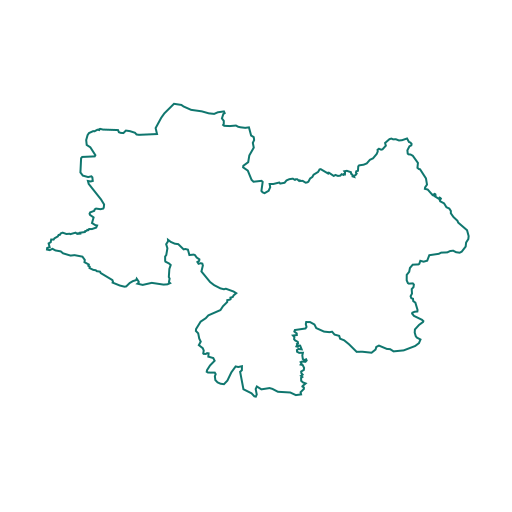 Poko, Orientale, Democratic Republic of the Congo, rotated 98°
{"feature_id": "63176286B68044599971787", "entity_name": "Poko", "entity_type": "district", "adm_level": 2, "iso_a3": "COD", "parent_name": "Democratic Republic of the Congo", "parent_adm1": "Orientale", "projection": "robinson", "projection_center": [26.825, 2.983], "detail": "fine", "context": "isolated", "style": "outline", "palette": "teal", "viewbox_px": 512, "rotation_deg": 98, "n_neighbors": 0, "source": "geoboundaries", "source_scale": "gbopen_adm2", "svg_char_len": 6091}
<svg xmlns="http://www.w3.org/2000/svg" viewBox="0 0 512 512"><g transform="rotate(98 256 256)"><path d="M121.8,120.4L118.6,122.8L121.0,127.5L121.7,130.5L120.9,133.8L121.4,136.4L120.9,138.3L121.7,140.1L126.1,143.9L128.7,142.8L132.8,145.6L133.3,146.9L132.7,149.2L133.9,150.4L135.6,150.0L138.2,150.7L143.0,153.7L144.9,156.6L148.9,159.2L150.6,162.1L151.9,166.5L153.0,167.2L157.4,166.9L158.2,168.5L159.7,168.6L160.4,167.8L161.9,168.6L163.1,170.3L164.0,169.8L163.7,171.5L162.0,171.9L161.4,173.2L159.8,173.7L159.0,177.9L159.8,180.3L160.7,179.5L162.8,179.3L162.7,180.4L163.5,180.6L163.1,182.6L164.7,183.7L165.3,186.0L164.7,188.6L165.9,190.2L163.4,195.3L163.4,195.9L164.3,196.1L161.0,204.0L161.4,205.1L164.1,206.2L167.5,210.3L169.9,211.2L171.7,213.2L175.2,214.5L176.0,215.6L176.5,217.0L175.1,220.3L175.5,222.3L175.0,223.1L175.7,223.7L174.3,225.8L174.5,227.4L175.2,228.0L174.3,230.3L175.3,233.7L176.9,236.3L179.5,237.9L180.9,242.1L180.0,243.2L182.3,248.9L182.8,252.5L185.9,251.5L189.7,252.6L192.6,256.3L192.0,258.4L190.8,259.7L181.7,259.7L180.8,261.0L182.8,268.8L181.2,271.0L172.6,276.0L170.0,281.1L168.4,281.1L164.2,276.8L157.3,276.6L149.0,273.3L144.4,274.9L141.5,274.0L139.5,274.5L138.5,274.9L137.4,277.6L129.6,280.9L130.6,284.5L130.7,289.4L130.5,291.7L129.6,294.0L131.0,300.1L131.5,305.6L130.8,306.8L129.7,306.3L126.7,306.7L124.5,308.9L119.9,308.1L118.9,306.9L117.3,307.9L119.0,313.8L121.1,317.2L121.3,322.6L120.3,329.8L120.3,340.6L118.0,348.6L116.8,350.9L116.7,358.4L127.5,366.6L132.1,369.0L143.3,373.2L149.0,371.0L152.3,388.7L152.3,391.2L150.8,393.0L149.9,398.3L149.9,402.3L152.7,404.4L152.9,407.1L152.5,409.0L150.5,410.2L152.1,425.2L151.8,428.0L152.2,428.8L153.1,428.8L153.0,430.6L155.0,433.3L155.0,434.6L157.5,438.5L159.7,439.6L164.8,440.3L169.6,439.1L171.4,435.2L178.5,429.1L179.8,429.6L182.1,441.9L183.5,442.8L197.7,441.5L200.5,438.7L201.2,433.2L200.0,430.1L200.9,429.0L204.4,428.1L205.2,430.1L205.1,432.9L207.9,431.7L221.5,417.4L226.1,413.6L229.3,413.5L230.3,413.9L231.3,416.5L231.3,421.0L232.3,422.2L233.8,422.5L235.9,426.3L237.3,426.7L238.4,426.1L240.4,422.2L246.2,423.0L247.8,419.4L247.9,417.6L250.1,418.2L252.2,422.3L252.5,425.0L253.7,425.6L253.6,426.7L254.6,427.2L255.2,428.7L256.1,428.8L257.4,433.4L258.3,433.1L258.5,433.8L258.2,435.1L258.8,435.2L259.0,436.1L258.0,437.9L260.2,442.9L259.9,443.7L260.6,446.8L259.8,450.7L260.8,452.5L262.4,453.2L262.6,454.4L264.2,455.0L266.5,458.0L267.9,458.7L268.2,461.1L270.9,461.2L272.4,463.1L276.0,461.6L277.1,463.9L278.7,463.9L278.9,461.1L277.2,458.6L278.4,455.4L278.6,450.0L280.2,447.5L281.4,439.7L280.4,435.8L280.8,427.8L283.7,425.0L286.0,425.0L287.7,420.4L289.0,420.7L289.7,419.2L291.1,419.2L292.4,415.2L292.4,412.7L293.2,411.6L293.2,408.3L294.5,407.4L299.8,394.9L301.2,394.1L302.3,394.3L304.2,386.7L304.7,381.9L304.2,380.3L300.3,377.3L298.0,374.4L296.5,371.3L295.1,371.0L297.7,368.6L298.8,368.5L299.9,369.5L300.4,364.2L297.1,355.5L297.2,343.6L296.4,339.8L294.8,337.3L293.9,338.6L290.4,338.4L288.9,339.4L280.8,340.0L276.8,339.2L275.5,341.1L274.2,344.9L273.4,345.3L269.2,345.9L267.5,345.0L260.7,344.8L256.8,346.6L253.6,345.1L252.2,345.4L253.9,342.4L255.1,338.2L255.1,334.6L259.5,328.6L258.9,327.0L259.2,324.3L264.3,322.1L263.3,317.9L263.6,316.6L265.8,314.5L267.2,311.6L268.7,311.6L270.1,313.2L271.7,311.8L270.8,309.7L271.0,308.1L272.8,307.3L278.9,307.9L288.2,297.8L290.7,293.4L293.0,286.8L293.4,283.1L292.6,281.3L294.3,273.3L295.6,270.4L298.1,272.7L299.8,273.3L300.8,275.5L302.1,275.1L302.9,275.9L303.7,278.3L305.6,278.1L310.3,281.7L314.5,283.7L321.4,294.9L324.6,297.1L328.7,301.7L336.7,305.2L338.6,305.1L340.6,302.5L345.7,300.7L348.5,298.8L352.2,300.2L354.7,295.9L356.9,294.6L359.8,294.7L360.2,294.3L360.0,292.1L359.0,290.9L359.0,289.4L362.3,289.2L363.0,284.1L365.5,282.4L370.8,286.3L375.8,288.6L377.5,288.7L378.1,287.3L377.2,280.6L378.6,279.5L380.8,280.0L384.5,279.0L386.5,276.5L387.4,273.4L387.4,269.9L383.4,267.0L374.6,264.2L368.2,260.8L368.4,258.1L367.1,254.6L371.1,254.1L372.9,255.6L389.7,249.9L392.6,241.3L395.2,238.1L395.3,236.6L393.0,236.0L387.8,237.8L385.1,237.0L387.3,232.1L384.9,224.2L385.3,221.3L387.4,215.4L386.4,203.1L388.2,197.2L386.8,192.1L384.7,192.9L381.0,190.1L379.5,190.3L378.8,191.9L378.3,191.8L375.3,189.1L374.6,192.0L373.3,193.9L370.4,194.4L369.4,193.3L368.4,194.8L367.0,193.3L365.7,194.8L364.1,195.2L362.2,192.8L360.1,192.8L357.5,194.6L357.3,196.6L356.1,196.0L354.9,197.0L354.1,195.6L353.9,192.3L352.4,191.3L351.3,192.0L352.4,193.6L351.5,195.3L348.0,196.3L345.3,196.1L345.9,199.8L345.1,202.0L343.4,202.4L342.2,201.1L342.1,197.8L338.6,199.8L338.7,201.0L340.1,201.9L339.9,203.4L338.2,202.8L337.4,203.2L336.6,202.2L335.2,202.7L334.1,205.6L333.1,206.7L331.0,206.7L329.6,208.3L328.6,204.6L327.0,204.9L325.5,207.5L323.9,207.2L320.9,196.9L319.2,196.1L316.6,197.2L314.4,197.1L313.9,193.3L315.7,188.6L319.0,186.3L321.4,178.1L321.2,172.6L320.4,170.1L322.9,167.3L323.5,162.5L326.2,161.2L327.2,157.0L330.4,151.7L336.9,143.0L336.0,137.5L335.7,128.1L332.0,124.6L329.3,124.2L327.6,121.8L329.8,113.5L329.6,110.2L331.3,106.5L328.9,96.6L323.0,85.9L319.6,82.5L315.8,81.5L314.4,85.4L313.1,86.7L309.7,88.2L306.6,88.4L301.5,84.9L298.1,81.4L297.2,81.2L296.1,82.7L293.3,91.3L291.3,93.4L290.4,93.3L289.1,91.1L288.5,88.5L287.0,88.5L280.0,91.7L278.8,94.0L276.5,94.6L276.2,96.3L274.3,97.3L271.5,96.3L267.1,97.2L264.9,95.7L262.3,95.7L261.3,96.9L262.1,100.8L261.7,101.8L259.1,103.4L253.7,104.1L250.3,102.1L246.4,101.9L242.8,99.6L241.7,93.9L241.0,93.2L237.9,92.6L238.3,89.2L236.8,85.8L231.1,84.5L228.4,75.3L226.9,73.1L225.8,67.1L224.1,64.5L223.3,61.5L224.4,58.4L224.4,54.8L223.1,52.9L217.5,49.7L213.4,49.8L209.7,48.1L206.7,48.2L201.1,50.6L194.8,60.4L193.1,61.4L189.9,65.9L186.6,69.0L184.3,69.3L182.1,71.2L181.2,74.2L177.7,77.1L176.2,81.2L175.4,81.7L173.4,80.9L172.8,81.7L172.4,83.2L173.5,81.3L174.4,81.9L171.7,87.9L170.7,88.2L170.8,86.7L170.0,86.9L169.6,87.7L171.1,89.6L166.3,95.2L166.0,98.1L164.5,98.1L161.5,96.6L155.5,98.5L147.3,105.6L147.2,106.8L146.2,108.4L141.3,108.6L134.9,114.7L134.0,117.1L134.1,119.1L133.5,120.0L130.3,120.8L126.0,119.3L124.8,117.6L123.4,117.5L122.2,118.8L121.8,120.4Z" fill="none" stroke="#0f766e" stroke-width="2"/></g></svg>